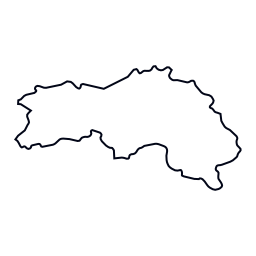 Orne, Equal Earth projection
{"feature_id": "FRA-5332", "entity_name": "Orne", "entity_type": "Metropolitan department", "adm_level": 1, "iso_a3": "FRA", "parent_name": "France", "parent_adm1": "", "projection": "equal_earth", "projection_center": [0.157, 48.576], "detail": "fine", "context": "isolated", "style": "outline", "palette": "ink", "viewbox_px": 256, "rotation_deg": 0, "n_neighbors": 0, "source": "natural_earth", "source_scale": "10m", "svg_char_len": 3398}
<svg xmlns="http://www.w3.org/2000/svg" viewBox="0 0 256 256"><path d="M15.4,139.4L18.1,135.7L24.8,130.4L27.6,124.9L28.5,123.6L29.0,122.2L28.5,120.1L27.2,116.7L27.2,114.7L28.5,113.0L30.9,110.6L20.8,104.2L18.1,104.0L18.3,100.3L20.8,99.4L24.2,95.9L26.3,94.8L34.4,92.9L36.1,91.4L36.2,90.5L35.8,90.0L35.3,89.6L35.0,88.7L35.2,87.6L35.8,86.7L36.6,86.2L37.5,85.9L39.7,86.2L43.9,87.7L46.1,87.8L61.1,84.7L67.1,81.4L70.8,81.9L72.7,83.3L76.1,87.0L77.9,88.2L78.8,88.5L79.4,88.5L80.0,88.0L80.5,87.2L80.7,86.5L80.9,85.2L81.3,84.6L83.0,84.0L103.8,88.8L127.8,76.8L133.7,69.8L136.4,69.1L137.3,69.8L138.9,72.6L139.8,73.3L140.9,73.0L143.2,71.2L144.3,70.8L148.6,70.9L150.0,70.6L151.5,69.4L152.4,67.7L153.5,66.4L155.5,66.2L156.7,68.3L158.6,69.7L160.9,70.3L162.9,70.0L167.1,67.3L169.0,67.4L171.7,70.0L171.2,70.8L169.1,75.2L169.2,76.3L169.8,77.7L170.4,78.4L172.2,79.8L173.3,80.2L174.5,80.2L177.4,80.1L186.8,82.3L187.9,82.3L189.0,82.0L191.2,80.8L193.0,80.7L194.0,81.3L194.6,82.3L194.8,83.3L195.2,84.4L195.7,85.6L201.3,92.3L202.8,93.4L204.6,94.2L209.1,95.2L210.5,96.0L211.4,96.6L212.0,97.5L213.1,99.3L213.5,100.4L213.6,100.5L213.4,101.6L213.1,102.5L212.6,103.4L211.7,104.4L210.7,105.4L209.9,106.3L209.9,107.4L210.7,108.0L212.1,108.5L213.0,109.4L214.7,111.7L216.1,112.4L217.3,112.7L220.5,113.9L221.3,120.8L222.6,123.3L224.7,126.7L226.3,128.1L229.9,130.0L236.4,136.1L237.1,137.3L237.3,138.2L237.2,139.0L237.0,139.5L236.9,139.7L236.6,140.8L236.5,141.8L236.6,143.0L236.9,144.5L237.3,145.4L238.1,146.3L239.1,147.3L240.5,148.9L240.6,150.2L240.0,151.3L239.0,152.3L238.3,153.3L237.8,154.3L237.1,156.5L236.4,157.3L232.9,160.3L230.3,161.7L222.0,164.7L220.4,165.1L218.2,165.3L217.3,165.6L216.7,166.1L216.1,167.3L215.7,169.0L216.1,170.2L217.0,171.0L217.9,171.7L218.5,172.7L218.5,174.0L218.3,176.0L218.3,177.3L218.4,178.4L218.5,178.8L218.8,179.3L220.9,182.4L221.6,183.7L222.1,185.3L221.8,186.6L220.9,187.5L220.1,188.2L218.6,189.0L215.2,189.8L212.7,189.2L209.8,187.6L208.4,186.5L207.3,185.2L204.7,181.5L202.5,179.2L201.0,178.5L199.8,178.4L199.3,178.7L199.1,178.9L198.9,179.1L194.3,178.9L183.9,176.4L182.1,175.6L181.9,175.1L182.0,173.7L182.0,172.7L181.8,171.6L181.2,170.3L180.3,170.0L179.1,170.3L177.5,170.6L175.0,170.3L171.7,168.6L169.9,167.3L168.6,165.9L167.6,163.8L167.0,162.2L166.6,160.1L166.4,155.7L167.1,151.5L167.1,150.3L166.9,149.2L166.2,147.8L165.3,146.9L163.8,146.1L158.7,144.2L156.8,143.8L155.1,143.8L144.3,145.9L142.3,147.3L141.0,147.9L139.5,148.2L138.3,149.1L137.4,150.2L136.5,151.7L135.6,152.8L134.9,153.4L134.3,153.7L133.0,154.1L132.1,154.1L131.2,154.3L130.6,154.6L129.8,155.1L129.4,155.9L129.0,157.9L128.3,158.6L126.6,158.7L124.4,158.0L122.9,157.7L121.6,157.6L114.3,158.4L113.9,150.4L113.2,149.2L112.2,148.0L111.1,147.8L110.0,147.8L108.2,147.0L106.0,145.5L101.9,141.3L100.7,139.2L100.5,137.4L101.2,136.3L101.5,134.6L100.9,133.5L99.9,132.6L92.3,130.1L91.3,130.6L90.9,131.4L91.1,132.5L91.3,133.6L91.0,134.5L90.4,135.5L89.3,136.3L87.7,136.9L84.9,136.8L83.2,137.2L81.8,137.8L80.6,139.2L80.1,140.0L79.5,140.7L77.7,141.0L69.5,139.1L63.3,138.6L61.8,138.7L60.6,139.0L59.6,139.5L55.4,143.4L54.3,144.1L53.0,144.7L42.4,146.8L41.3,146.5L40.8,145.7L40.4,144.8L39.6,144.0L38.4,143.9L32.4,145.3L31.5,145.7L31.1,146.5L30.9,147.5L30.0,148.4L28.6,148.9L27.4,148.6L26.4,147.9L25.6,147.0L24.7,146.4L23.7,146.5L22.9,147.0L21.8,147.4L20.9,146.8L20.3,146.0L18.7,142.9L17.4,140.9L15.4,139.4Z" fill="none" stroke="#020617" stroke-width="2"/></svg>